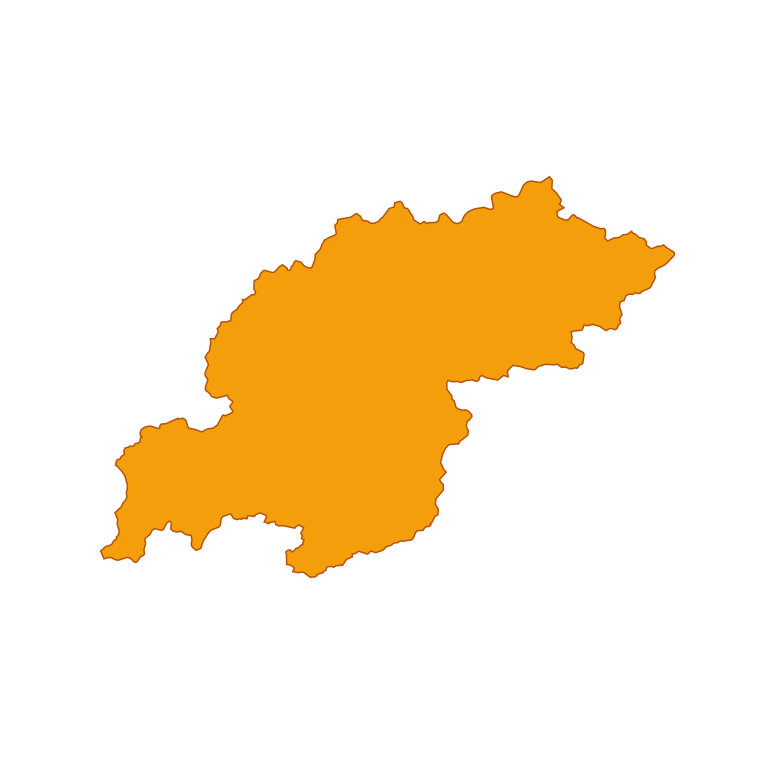 Ham Yen, Tuyên Quang, Vietnam, rotated 259°
{"feature_id": "81297802B77229581138550", "entity_name": "Ham Yen", "entity_type": "district", "adm_level": 2, "iso_a3": "VNM", "parent_name": "Vietnam", "parent_adm1": "Tuyên Quang", "projection": "albers", "projection_center": [105.011, 22.095], "detail": "fine", "context": "isolated", "style": "filled", "palette": "amber", "viewbox_px": 768, "rotation_deg": 259, "n_neighbors": 0, "source": "geoboundaries", "source_scale": "gbopen_adm2", "svg_char_len": 6153}
<svg xmlns="http://www.w3.org/2000/svg" viewBox="0 0 768 768"><g transform="rotate(259 384 384)"><path d="M208.2,274.9L208.5,276.6L207.7,278.4L208.2,280.6L210.1,283.1L210.3,287.6L212.5,291.6L215.4,293.0L215.0,297.4L213.7,299.7L214.9,302.4L214.2,305.1L214.7,306.8L213.8,308.6L219.0,313.7L220.3,319.9L223.0,320.3L223.1,323.8L224.5,326.7L224.4,327.8L220.3,334.9L220.6,336.4L222.6,339.2L220.0,343.6L221.1,351.3L223.8,355.2L224.3,360.3L226.1,363.7L225.6,366.2L226.8,370.2L226.1,372.5L225.7,381.7L228.0,384.0L232.0,386.5L233.6,388.6L232.9,394.5L235.4,396.8L235.9,398.7L235.5,400.9L236.3,402.7L237.1,403.3L237.6,402.6L238.2,402.8L238.9,404.5L244.4,408.9L245.1,411.7L246.3,412.2L250.9,413.4L256.3,411.5L261.5,413.2L268.7,422.1L274.3,423.0L276.4,421.3L279.5,420.2L285.7,428.3L288.7,426.2L296.4,424.6L304.4,428.5L309.1,432.1L312.1,436.1L311.0,445.9L313.3,447.7L317.7,456.3L321.7,457.9L325.5,456.9L328.4,457.1L331.4,458.7L332.5,461.0L335.5,464.3L337.2,464.1L341.4,461.6L343.2,458.8L343.2,456.2L345.7,451.5L348.0,450.1L354.0,449.7L356.3,447.7L359.5,448.3L366.7,444.8L373.5,445.9L375.2,447.6L373.1,451.8L372.5,456.5L370.8,460.1L371.8,466.9L371.2,468.5L371.4,470.7L369.1,474.9L369.4,477.5L372.7,479.5L373.8,481.6L370.4,485.9L366.2,496.4L369.6,503.1L367.4,507.2L372.8,507.5L375.8,511.0L377.6,514.2L375.2,521.0L372.0,526.6L369.4,533.5L369.3,534.8L371.8,539.0L372.5,546.0L370.3,555.2L370.5,557.5L366.6,561.4L365.8,565.9L363.5,568.9L363.0,572.1L363.4,575.1L362.6,576.7L365.3,579.5L366.2,583.0L375.0,586.1L376.9,585.6L382.2,579.0L386.2,577.8L388.8,575.7L394.3,577.6L399.4,577.6L399.8,579.2L399.1,588.2L400.1,589.5L403.6,591.4L402.4,595.0L402.7,600.0L399.4,606.8L393.9,612.2L395.2,615.1L395.1,617.8L393.2,620.9L393.5,622.2L394.5,623.8L397.0,625.3L398.6,628.0L402.9,627.6L406.9,630.9L414.6,629.9L419.5,631.5L420.1,635.5L424.3,638.2L425.5,641.8L424.4,645.3L425.8,647.8L424.3,650.7L424.2,652.8L425.6,654.7L427.7,663.7L436.7,670.8L439.8,670.5L443.5,671.4L445.5,675.4L447.1,681.6L449.3,685.6L454.8,693.2L456.5,694.0L458.0,693.8L463.2,688.1L467.2,684.9L466.2,682.0L467.0,679.7L465.9,673.5L466.2,671.7L470.4,668.0L473.4,668.7L476.8,667.2L479.2,662.3L483.1,659.4L485.0,656.7L486.7,656.2L484.4,651.2L485.0,647.3L482.9,642.9L483.5,637.5L481.7,630.8L485.4,628.4L487.7,629.8L490.7,630.4L493.2,630.6L494.7,629.7L494.9,626.6L498.9,619.6L510.3,606.2L510.4,604.7L511.9,604.3L514.1,602.4L513.7,600.8L510.3,596.6L509.8,594.7L512.3,589.7L514.4,587.0L516.3,586.2L520.3,586.8L522.7,594.3L527.3,590.3L527.9,591.6L530.8,593.1L539.1,589.4L543.8,586.0L551.9,588.1L555.9,586.0L551.9,576.2L555.2,566.8L555.0,563.1L552.7,559.0L544.9,553.4L543.0,551.7L542.6,550.6L542.8,548.2L544.8,544.4L550.2,535.9L550.0,529.9L548.9,526.5L547.2,525.2L537.2,525.1L535.1,524.3L535.2,521.2L538.3,515.9L538.6,506.9L537.9,502.8L537.0,499.6L534.9,496.3L533.3,494.4L528.7,491.4L527.4,487.7L527.9,485.2L529.6,482.6L539.0,477.0L540.3,475.5L539.7,472.3L538.7,470.7L534.2,468.7L532.7,465.7L533.8,458.7L533.5,455.8L535.3,455.3L535.9,454.1L534.1,450.7L534.3,450.1L539.5,444.4L542.4,444.3L550.7,441.2L551.9,440.2L552.9,437.6L558.8,436.2L560.3,434.6L559.9,429.1L555.8,427.7L555.3,422.5L548.1,414.8L546.7,411.8L544.7,410.0L543.7,405.4L544.3,401.6L546.8,399.4L548.7,394.2L553.3,392.7L556.4,389.8L556.3,387.9L554.1,383.5L554.3,370.6L554.0,369.9L551.0,368.9L549.4,366.4L548.5,365.9L540.4,365.9L539.4,363.7L538.1,357.1L536.7,354.2L536.9,353.2L532.9,349.8L528.9,347.5L524.3,341.2L519.3,339.9L512.4,335.6L512.0,334.1L512.5,331.6L515.5,327.9L519.3,325.9L521.9,320.9L521.2,319.5L517.9,317.2L516.9,315.4L514.2,314.0L513.5,312.3L514.1,311.2L516.3,311.0L520.4,307.0L519.4,304.2L514.6,297.5L515.0,295.1L518.0,289.4L518.4,287.5L517.8,286.4L515.6,283.5L513.7,282.8L511.3,280.6L510.1,276.3L502.3,274.4L498.5,275.5L496.2,273.5L496.9,271.3L493.2,263.4L493.9,261.1L491.0,260.9L488.1,256.4L485.5,254.0L483.0,248.7L481.4,247.5L475.4,245.6L475.1,241.1L475.9,236.1L472.4,234.1L470.1,230.8L466.9,231.3L461.5,227.1L460.7,226.0L461.7,222.2L457.1,221.7L449.4,218.8L448.0,216.7L444.4,213.5L436.7,215.4L429.1,210.4L426.2,210.1L421.9,211.9L414.7,208.0L411.9,207.6L408.3,210.8L404.5,212.4L402.1,217.0L402.8,228.0L399.4,228.8L395.8,232.1L394.7,231.8L391.3,228.3L386.0,230.6L384.7,228.8L383.1,222.7L384.2,219.7L375.5,212.5L374.0,209.5L373.4,207.9L373.5,201.4L371.7,196.0L375.3,190.2L378.0,183.6L386.7,182.4L388.8,180.0L388.7,176.0L388.8,175.2L389.7,175.1L386.7,162.8L387.1,157.6L385.5,155.8L383.6,155.4L383.3,154.2L387.4,146.3L387.4,141.0L385.6,137.1L382.6,135.2L379.7,135.2L378.4,136.3L377.4,134.5L373.7,133.2L373.1,131.8L373.0,128.5L370.7,125.9L371.6,122.8L370.7,121.3L370.6,117.8L368.0,115.8L364.5,115.7L363.1,112.5L360.7,110.4L360.7,107.9L359.1,106.4L355.5,105.0L353.7,106.8L348.5,109.9L343.6,112.0L334.5,112.9L330.3,112.1L326.8,110.3L322.6,110.3L319.4,108.3L317.2,105.1L313.5,102.7L309.0,95.3L301.7,96.7L297.6,95.3L290.0,96.1L286.5,94.5L284.6,92.0L282.7,91.7L281.9,88.9L278.8,86.5L278.0,84.3L277.6,79.8L274.1,74.0L265.8,75.8L266.2,79.7L265.8,82.8L262.5,87.2L261.7,89.5L262.8,99.0L261.3,101.8L256.7,105.1L256.3,106.6L256.9,108.1L261.1,112.2L261.5,114.8L262.7,116.4L267.5,116.8L272.7,119.6L276.9,119.5L278.7,121.1L280.9,125.7L284.1,127.9L285.9,131.2L282.8,137.6L283.2,139.7L288.8,144.0L290.3,146.8L289.7,148.2L287.8,148.7L282.5,147.0L279.7,149.1L278.1,152.6L278.3,156.5L274.1,160.5L272.2,165.7L268.4,165.9L263.9,164.3L261.2,164.3L257.1,167.3L256.6,168.3L257.7,172.9L263.7,176.2L270.2,182.0L273.3,185.8L275.2,194.8L276.7,196.4L283.4,198.7L284.7,200.9L285.8,208.2L284.5,209.3L280.9,210.5L279.0,213.4L279.2,216.5L278.3,218.3L279.5,220.1L278.3,221.8L278.0,224.3L280.2,224.6L280.6,225.7L278.7,231.4L280.2,233.2L281.2,237.4L277.5,243.2L276.2,243.4L271.5,240.1L270.7,242.0L269.1,243.4L269.1,244.6L270.2,246.0L269.7,247.0L270.0,250.6L266.5,251.0L264.7,253.9L264.3,257.6L259.5,269.0L260.4,269.7L262.0,273.4L258.3,277.7L253.2,273.8L250.3,275.1L248.1,273.4L245.9,275.7L243.5,273.9L242.1,273.8L241.4,271.1L239.7,269.2L239.4,266.2L237.6,264.2L236.8,262.0L236.9,261.2L239.0,260.4L239.0,257.4L237.8,255.5L235.8,255.8L225.4,254.0L224.4,256.9L221.3,260.6L220.6,260.9L217.2,258.6L215.2,263.6L214.9,268.7L208.2,274.9Z" fill="#f59e0b" stroke="#b45309" stroke-width="1.5"/></g></svg>